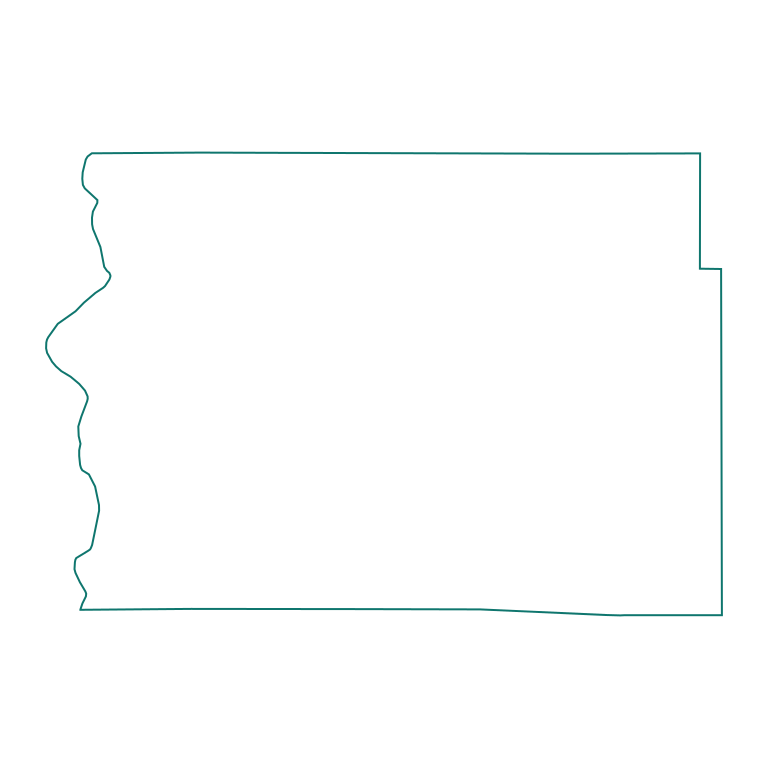 St. Croix, Wisconsin, United States of America (Equal Earth projection)
{"feature_id": "52423323B83596811379521", "entity_name": "St. Croix", "entity_type": "district", "adm_level": 2, "iso_a3": "USA", "parent_name": "United States of America", "parent_adm1": "Wisconsin", "projection": "equal_earth", "projection_center": [-92.697, 45.034], "detail": "fine", "context": "isolated", "style": "outline", "palette": "teal", "viewbox_px": 768, "rotation_deg": 0, "n_neighbors": 0, "source": "geoboundaries", "source_scale": "gbopen_adm2", "svg_char_len": 1096}
<svg xmlns="http://www.w3.org/2000/svg" viewBox="0 0 768 768"><path d="M700.1,153.4L571.2,153.7L199.4,152.6L91.8,153.3L87.6,156.5L85.8,159.5L82.7,172.3L82.3,178.8L82.9,184.9L84.8,188.4L97.4,200.1L97.3,202.9L92.9,211.6L92.0,217.7L92.1,224.3L93.0,229.0L100.4,247.0L104.2,266.7L104.2,266.8L107.0,270.9L109.3,272.8L110.4,275.4L110.4,276.6L109.4,279.5L105.0,286.1L103.1,287.8L95.4,292.9L84.0,302.6L75.5,311.3L57.8,323.8L57.3,324.5L57.0,324.9L48.3,337.1L47.0,339.6L46.3,342.5L46.1,348.3L47.1,352.9L52.1,361.8L56.0,366.4L61.4,371.2L70.6,376.7L79.2,383.9L85.0,390.6L87.6,396.4L87.7,398.8L87.1,401.3L81.4,416.4L78.3,426.5L78.7,436.1L80.5,443.8L79.2,450.2L79.2,456.0L80.1,464.9L81.0,468.0L82.3,470.3L88.9,474.4L95.1,486.5L99.0,505.1L99.1,510.7L94.1,535.3L92.1,545.0L90.9,548.0L90.1,549.4L88.3,550.7L76.3,558.0L75.4,559.7L74.9,562.3L74.5,569.2L75.5,572.9L79.9,582.2L85.4,591.5L86.2,593.7L85.9,596.4L82.4,603.5L80.4,609.5L80.4,609.8L191.1,608.9L356.2,609.1L480.0,609.4L605.6,615.0L620.4,615.4L624.3,615.2L721.9,615.2L721.1,269.0L699.9,268.7L700.1,153.4Z" fill="none" stroke="#0f766e" stroke-width="2"/></svg>